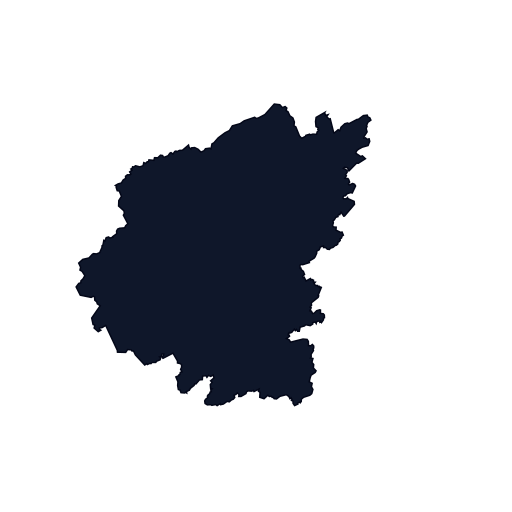 North Burnett, Queensland, Australia, rotated 54°
{"feature_id": "25037944B97560087028013", "entity_name": "North Burnett", "entity_type": "district", "adm_level": 2, "iso_a3": "AUS", "parent_name": "Australia", "parent_adm1": "Queensland", "projection": "equal_earth", "projection_center": [151.493, -25.244], "detail": "fine", "context": "isolated", "style": "filled", "palette": "ink", "viewbox_px": 512, "rotation_deg": 54, "n_neighbors": 0, "source": "geoboundaries", "source_scale": "gbopen_adm2", "svg_char_len": 6152}
<svg xmlns="http://www.w3.org/2000/svg" viewBox="0 0 512 512"><g transform="rotate(54 256 256)"><path d="M121.6,329.9L123.0,328.4L128.7,329.8L130.5,334.4L134.8,337.8L141.8,336.3L144.1,337.4L145.0,339.3L154.6,340.7L154.9,343.6L156.0,345.7L153.4,350.0L152.9,352.1L153.9,354.2L156.1,355.5L156.1,360.6L156.8,360.7L155.5,363.8L154.0,364.0L153.1,366.4L155.1,369.4L153.9,369.9L157.1,373.3L157.3,374.7L158.4,375.3L161.4,380.5L160.6,383.8L158.6,386.0L158.4,387.2L159.4,392.3L156.9,398.1L157.5,403.6L162.0,404.5L163.9,406.7L166.2,405.7L171.3,406.0L172.8,409.4L173.2,412.2L174.7,413.5L174.0,415.5L175.3,419.7L184.4,421.2L192.6,413.7L192.9,411.4L194.1,410.6L197.0,412.4L199.5,411.8L201.4,412.5L204.7,411.3L209.6,425.4L215.7,428.1L217.3,427.0L219.1,429.3L224.5,428.1L224.8,425.2L223.3,425.8L222.3,425.0L223.5,422.4L223.8,418.4L250.7,423.6L252.4,424.6L257.4,418.1L256.2,414.9L258.6,412.1L259.9,412.2L260.9,410.9L265.0,411.7L278.8,410.1L278.8,407.7L279.9,407.7L280.5,404.9L281.3,404.3L281.0,402.7L283.2,399.7L282.7,398.3L283.6,394.6L282.5,393.2L280.9,393.4L281.5,391.5L280.0,389.8L281.0,388.2L282.0,389.1L282.7,391.5L284.1,391.4L285.8,380.3L294.8,381.2L296.4,382.4L298.7,380.4L300.3,380.2L302.3,381.6L303.4,383.6L306.2,384.0L305.7,385.7L307.1,387.2L306.8,388.1L307.4,388.9L306.7,391.9L311.9,393.1L314.7,395.5L318.4,397.3L319.8,396.3L322.5,397.0L324.9,394.2L324.8,393.2L326.1,392.6L324.8,391.9L325.4,388.8L324.5,386.8L324.3,382.2L323.4,380.7L324.2,379.8L323.0,374.6L324.5,372.1L321.8,369.8L323.4,366.8L325.3,367.0L324.6,364.6L326.8,363.4L327.1,360.6L329.9,361.6L330.3,366.1L332.4,365.7L333.1,368.5L336.4,370.5L337.6,369.6L337.6,371.2L339.5,371.9L339.1,372.9L340.4,374.9L340.1,375.9L340.8,377.7L342.2,378.2L342.3,381.1L343.1,382.7L345.4,383.9L347.8,382.9L349.6,380.1L350.8,379.5L352.5,375.9L354.2,375.4L354.4,371.7L355.5,372.0L356.6,369.4L356.6,364.9L358.3,363.3L358.0,360.5L358.5,358.6L358.0,356.4L355.7,355.6L356.2,353.7L355.8,351.5L358.2,351.2L359.5,352.5L360.8,350.7L361.4,345.0L360.3,343.6L360.4,341.8L362.8,338.9L363.2,337.2L364.5,337.3L365.4,331.7L366.7,333.5L368.7,332.9L372.5,336.0L376.2,333.4L375.6,328.3L377.5,327.8L378.4,326.1L379.9,326.0L380.5,325.1L382.1,325.2L383.7,323.4L383.6,319.1L386.0,313.0L388.9,312.0L391.5,312.4L391.4,310.9L393.2,311.2L393.7,312.2L395.1,311.3L396.9,312.6L399.7,312.7L400.4,309.2L399.5,309.0L399.9,306.2L400.7,306.4L400.3,304.9L398.5,303.5L398.3,300.5L400.3,294.3L400.1,291.8L397.4,288.4L394.3,288.0L392.0,285.4L389.1,286.9L386.4,283.8L384.8,281.5L385.0,276.6L384.2,274.9L380.3,275.4L377.7,273.1L374.9,273.3L372.4,270.2L370.5,271.9L370.0,270.6L367.9,269.2L366.3,265.1L364.6,264.4L364.4,263.4L362.7,262.2L360.7,262.4L360.8,264.5L359.4,266.2L355.8,263.8L353.5,263.7L350.8,266.8L346.0,278.7L343.5,278.4L340.7,279.9L340.7,276.1L339.6,275.6L338.8,276.4L337.7,275.2L337.5,274.0L338.2,274.0L338.8,272.0L337.7,268.0L339.5,268.1L339.2,266.4L341.3,266.6L342.3,265.2L339.5,262.2L341.1,257.8L340.8,256.2L344.2,253.1L344.4,250.1L343.2,249.3L344.2,246.9L346.0,247.0L344.8,245.6L345.2,244.1L346.4,242.3L347.2,243.3L347.7,242.2L348.4,242.2L347.3,239.0L346.0,238.0L346.2,236.9L343.9,235.4L342.3,235.5L340.3,237.6L337.6,235.6L337.0,236.0L335.9,239.1L336.5,242.6L335.8,244.0L333.1,243.6L332.0,244.6L330.3,241.8L329.1,242.3L328.6,240.1L326.4,238.8L326.0,230.1L325.1,228.7L324.4,229.0L319.8,221.6L319.0,222.0L318.9,223.2L317.7,222.7L317.3,223.7L316.1,223.5L314.8,225.2L312.4,225.3L312.0,223.5L310.7,224.9L309.4,223.7L307.7,224.6L307.6,225.8L306.2,225.3L305.6,230.2L301.4,229.5L301.3,230.5L299.6,230.2L299.5,227.6L296.3,226.7L293.6,227.4L292.2,226.8L291.9,227.5L289.5,226.1L289.1,224.9L290.5,223.3L292.7,216.7L291.4,216.3L291.9,210.3L291.4,208.6L289.3,205.1L287.8,204.2L288.1,201.2L286.5,198.6L287.5,195.5L288.9,196.4L290.0,194.7L292.4,194.3L293.9,192.7L293.4,191.3L294.3,188.6L294.0,185.7L294.5,184.7L294.4,182.9L292.9,181.3L293.3,180.2L292.8,178.6L291.5,178.0L291.7,176.3L290.4,174.5L290.5,173.1L287.2,172.3L286.7,173.6L282.1,176.1L279.8,174.2L278.0,176.3L276.3,176.1L274.6,173.9L272.8,173.1L272.8,171.4L271.6,168.8L272.3,166.5L271.3,165.8L271.1,164.5L271.8,164.0L270.5,161.4L275.4,161.6L275.7,160.9L272.1,146.0L269.5,144.5L263.4,148.0L262.5,147.6L262.8,149.4L261.1,151.7L259.8,151.3L259.0,149.8L259.8,148.3L259.2,145.5L260.4,142.1L261.6,141.1L257.9,134.3L255.9,134.1L254.1,135.2L253.4,138.7L252.8,139.0L252.0,138.9L251.2,136.8L248.6,136.1L247.4,136.1L245.4,138.5L244.2,135.7L242.9,135.9L241.8,133.0L240.3,132.0L236.4,133.8L236.2,132.2L238.4,130.1L241.8,130.8L240.0,120.1L241.1,118.7L241.6,110.3L237.5,111.1L237.1,112.8L231.3,114.9L230.0,112.4L229.9,110.2L230.4,106.2L232.5,100.4L230.1,96.6L227.7,95.6L226.9,97.5L224.7,98.0L224.0,99.5L223.0,98.6L220.9,93.2L217.7,92.0L216.3,89.9L215.4,89.9L213.6,86.9L213.6,83.2L211.2,82.7L209.2,83.7L207.4,83.2L205.5,86.6L205.6,93.0L204.9,93.9L203.6,102.9L202.2,103.8L201.2,106.4L201.8,111.5L203.9,114.7L202.1,115.3L202.5,120.2L202.0,120.7L188.6,115.3L188.3,116.2L185.7,116.9L184.7,116.6L184.0,114.7L183.1,117.3L182.0,116.5L180.8,116.9L180.3,115.9L179.2,125.9L182.2,128.8L186.6,131.4L188.9,130.2L189.9,131.6L191.2,131.3L191.6,133.7L193.2,135.4L190.8,138.4L189.9,141.0L189.0,141.0L187.7,144.7L188.3,145.6L187.6,149.8L184.6,150.3L174.9,147.9L173.0,148.8L170.2,146.2L166.0,145.0L162.5,146.2L158.0,145.3L156.0,146.2L154.4,144.1L152.2,144.6L151.5,147.4L147.6,147.8L143.8,151.9L146.8,165.6L145.7,173.1L144.7,175.1L143.0,175.5L139.7,186.1L139.6,191.0L136.8,198.6L138.9,203.8L138.1,208.6L138.2,217.1L139.7,223.6L139.4,225.7L142.9,229.5L141.5,230.1L139.5,233.8L140.3,236.2L139.6,239.5L135.6,240.1L132.2,241.9L130.6,244.6L131.3,245.8L128.9,246.3L126.6,245.4L127.2,253.5L125.6,255.8L125.1,258.8L124.1,259.0L123.7,260.2L124.7,263.2L122.4,264.0L122.2,265.3L123.2,268.2L122.3,271.8L121.5,272.8L119.8,272.5L118.3,274.0L118.8,277.7L116.8,280.3L118.6,282.4L115.3,286.1L116.6,287.6L115.8,288.6L116.2,290.9L114.5,291.9L116.6,294.3L115.6,297.6L112.2,300.4L112.1,302.6L111.3,303.4L112.3,304.8L112.1,306.1L113.7,305.9L113.7,308.8L116.2,309.0L116.4,309.9L114.7,312.4L114.8,314.7L116.6,315.8L116.4,318.7L117.8,322.0L116.6,325.2L116.3,328.3L117.6,327.8L118.3,328.8L121.6,329.9Z" fill="#0f172a" stroke="#020617" stroke-width="1.5"/></g></svg>